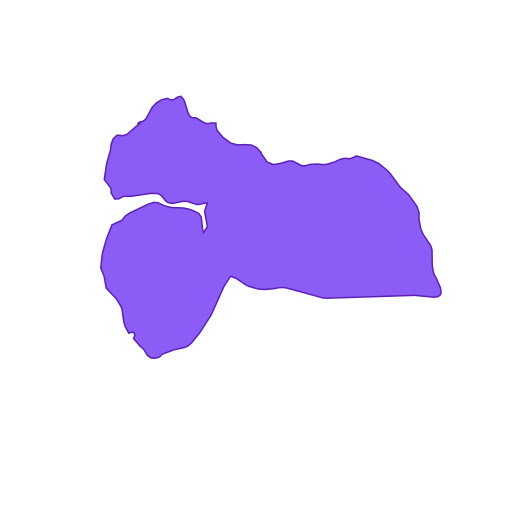 an SVG outline of Yangon, rotated 118°
{"feature_id": "MMR-3269", "entity_name": "Yangon", "entity_type": "Division", "adm_level": 1, "iso_a3": "MMR", "parent_name": "Myanmar", "parent_adm1": "", "projection": "orthographic", "projection_center": [96.162, 17.041], "detail": "fine", "context": "isolated", "style": "filled", "palette": "violet", "viewbox_px": 512, "rotation_deg": 118, "n_neighbors": 0, "source": "natural_earth", "source_scale": "10m", "svg_char_len": 2272}
<svg xmlns="http://www.w3.org/2000/svg" viewBox="0 0 512 512"><g transform="rotate(118 256 256)"><path d="M390.1,293.7L391.8,295.0L394.1,297.8L395.3,301.2L394.8,305.1L391.3,310.9L389.8,316.6L386.4,325.3L382.8,325.9L381.1,327.5L381.5,329.7L383.9,332.2L379.6,338.5L375.5,342.4L365.8,349.4L363.5,352.2L359.3,359.3L354.7,373.2L345.2,380.6L339.4,387.5L325.7,392.9L310.9,396.1L296.1,397.8L287.4,391.2L281.8,390.1L277.0,387.5L260.7,375.4L256.7,371.5L255.0,367.8L254.7,361.6L253.9,356.8L252.5,352.6L247.6,342.4L246.1,337.2L245.4,332.0L245.3,326.4L247.4,322.5L257.1,316.0L260.0,313.4L252.9,312.7L240.6,322.4L232.1,323.9L233.5,326.2L237.6,331.0L238.5,333.3L240.2,342.8L242.6,347.0L248.9,354.4L250.2,359.2L249.6,362.1L247.2,367.6L246.8,370.3L247.4,373.0L250.2,378.4L261.9,394.3L265.6,401.1L269.8,403.9L272.0,407.4L268.4,413.5L264.4,415.7L259.7,425.9L244.3,431.3L230.4,434.3L225.6,436.3L219.5,437.1L214.4,435.3L212.2,430.0L209.5,427.2L192.4,420.5L195.0,422.9L194.9,422.8L192.3,421.6L190.0,419.0L188.6,418.3L186.3,417.6L174.1,417.5L169.3,416.4L167.7,415.8L162.6,412.9L158.5,408.4L158.2,404.9L157.7,403.7L156.7,402.1L152.6,399.9L150.3,397.4L151.6,393.6L152.8,391.9L161.3,383.4L163.1,380.9L164.0,378.9L163.7,377.4L163.4,376.3L162.1,373.9L162.7,363.5L162.2,362.0L161.1,359.7L160.0,358.8L157.4,353.8L160.7,351.9L163.4,349.2L166.7,340.9L168.2,331.3L166.5,324.3L162.5,317.4L160.1,311.9L160.1,305.9L161.9,301.3L162.0,300.2L162.7,300.2L167.8,290.3L167.0,283.3L162.1,277.1L157.1,272.2L155.4,269.2L154.8,267.2L155.0,264.9L154.8,262.8L154.8,258.1L153.0,254.6L149.8,251.4L145.9,244.8L143.8,239.7L141.8,236.5L135.9,230.6L130.9,226.9L128.5,224.0L127.2,221.6L126.3,219.3L124.8,217.6L120.5,214.3L116.9,197.8L116.7,190.7L118.8,180.5L120.4,175.7L127.4,161.3L130.2,150.0L136.7,137.1L141.3,132.3L146.8,129.5L154.7,123.2L158.6,118.3L164.6,106.9L167.7,103.6L181.5,96.0L185.5,93.0L188.4,90.4L191.5,85.7L197.6,78.1L200.7,75.8L203.4,74.9L205.6,75.7L207.1,76.9L208.8,79.5L216.3,97.5L259.7,173.1L261.6,177.2L270.0,214.5L271.5,218.0L273.2,220.9L276.7,225.2L281.4,232.5L284.1,238.5L286.2,248.0L286.3,251.3L285.1,262.7L285.9,269.0L297.9,270.0L329.0,267.9L349.9,269.6L362.9,272.1L365.9,273.2L368.1,274.3L370.0,275.9L377.7,284.7L386.5,292.5L390.1,293.7Z" fill="#8b5cf6" stroke="#5b21b6" stroke-width="1.5"/></g></svg>